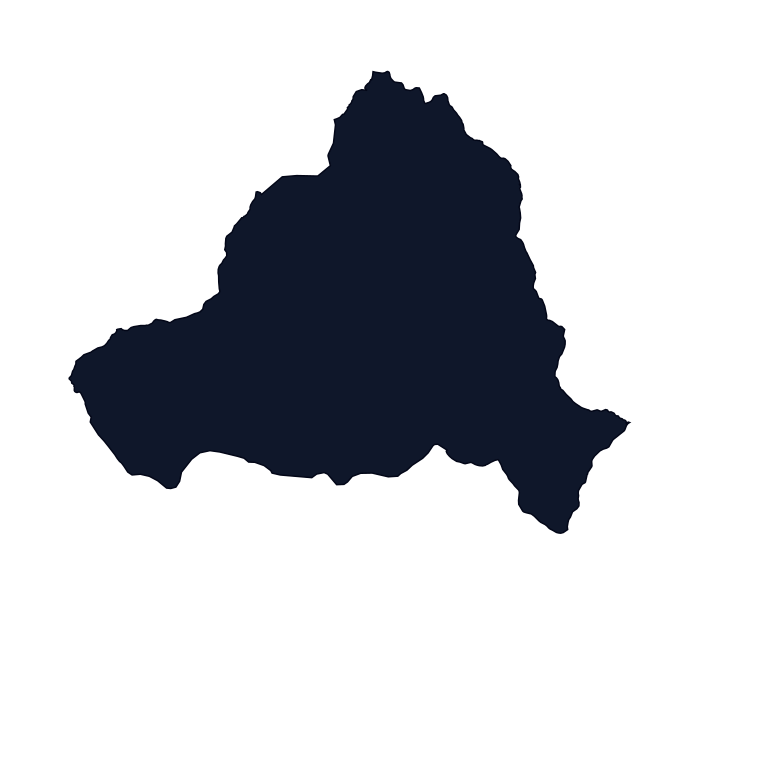 outline of Botiza, Maramures, Romania, rotated 316°
{"feature_id": "2599482B81010810269587", "entity_name": "Botiza", "entity_type": "district", "adm_level": 2, "iso_a3": "ROU", "parent_name": "Romania", "parent_adm1": "Maramures", "projection": "orthographic", "projection_center": [24.135, 47.644], "detail": "fine", "context": "isolated", "style": "filled", "palette": "ink", "viewbox_px": 768, "rotation_deg": 316, "n_neighbors": 0, "source": "geoboundaries", "source_scale": "gbopen_adm2", "svg_char_len": 6171}
<svg xmlns="http://www.w3.org/2000/svg" viewBox="0 0 768 768"><g transform="rotate(316 384 384)"><path d="M533.9,582.3L533.2,581.0L530.9,580.6L532.1,579.2L532.3,578.2L532.2,577.7L531.9,576.9L531.2,576.3L531.2,574.6L529.9,572.2L529.9,571.6L530.3,569.9L530.0,569.3L529.0,568.3L528.7,566.9L529.2,565.0L528.6,563.2L527.9,561.6L526.7,561.3L526.6,561.0L526.6,560.5L526.2,558.9L526.6,558.4L526.5,557.6L525.6,556.3L521.6,554.8L520.6,553.6L519.9,551.7L519.3,550.6L514.5,548.0L513.6,546.9L513.2,544.9L512.3,543.5L510.2,539.4L509.5,537.5L508.1,530.9L507.7,527.7L508.1,524.9L507.8,518.2L508.2,512.7L507.6,510.6L508.3,509.1L508.5,507.4L510.7,504.3L511.7,502.3L512.0,501.5L512.3,499.4L512.1,497.8L512.3,497.1L515.5,494.1L516.5,493.5L520.0,492.3L522.9,490.3L525.3,488.3L529.3,486.2L532.8,485.9L539.5,482.9L541.9,481.2L544.3,478.8L545.2,476.8L545.7,474.9L546.7,473.7L551.8,470.3L551.8,466.3L551.2,465.3L550.0,464.4L549.5,463.4L548.5,456.1L547.4,453.4L546.2,452.0L546.0,450.9L546.2,449.9L548.1,448.2L549.1,446.9L553.7,439.6L556.2,433.5L556.3,432.3L554.9,429.8L557.8,423.2L557.9,421.0L557.7,419.3L558.4,418.2L559.6,417.0L561.9,415.3L566.2,413.3L568.5,410.1L570.5,409.1L572.4,404.2L573.7,402.5L575.5,395.9L578.0,388.6L578.1,387.5L579.8,383.4L581.4,380.4L582.1,378.4L582.6,375.1L581.5,372.5L581.2,370.8L581.3,369.2L582.6,368.3L588.6,366.7L593.4,362.3L597.6,359.5L600.9,355.5L603.7,351.4L603.9,350.7L609.7,347.4L611.9,346.9L613.1,345.2L614.0,344.5L615.1,342.9L617.2,337.9L617.6,337.5L618.9,337.2L620.6,335.2L619.9,334.8L620.1,334.4L621.1,334.1L621.8,333.2L623.2,329.7L624.7,328.5L625.8,326.3L625.7,321.7L625.4,320.9L624.9,317.9L625.8,315.8L626.9,315.1L627.9,310.0L627.6,306.1L626.9,304.7L625.2,303.2L624.8,301.9L624.7,300.1L624.9,297.0L624.4,290.4L624.0,288.4L621.5,281.2L621.5,280.3L622.9,278.5L623.0,278.0L622.1,276.3L621.8,275.2L620.9,274.3L620.2,273.2L618.6,271.8L618.0,270.5L618.0,268.7L617.2,266.7L616.5,261.7L617.9,256.7L619.1,255.5L620.6,253.3L621.4,252.0L621.7,250.2L622.9,248.3L623.6,244.7L623.8,241.9L624.3,239.6L624.5,235.0L625.3,232.2L625.1,230.7L624.8,230.3L624.9,228.5L626.7,224.7L628.7,222.2L629.3,220.4L629.5,219.3L628.9,217.0L628.4,216.5L625.5,215.7L620.9,212.2L618.7,212.1L616.1,213.1L614.3,213.3L612.2,212.8L609.9,211.6L609.4,211.6L608.4,210.6L608.4,210.3L609.5,207.5L610.8,206.0L611.8,204.4L613.4,200.5L615.0,195.6L612.9,193.2L611.2,192.5L609.8,192.5L607.4,191.5L606.6,190.9L604.0,187.3L603.8,186.6L603.9,185.4L605.5,182.0L605.7,179.6L601.3,174.1L601.1,172.3L601.2,169.0L602.2,166.7L603.0,165.7L604.2,163.4L603.8,161.8L602.9,161.2L600.7,160.7L598.6,159.2L594.5,153.9L593.1,151.7L589.9,154.4L586.4,156.5L585.9,155.9L582.9,157.0L580.7,156.7L577.7,156.9L576.3,157.5L575.7,158.1L575.7,160.5L575.4,160.6L572.4,156.8L567.2,154.4L561.5,155.9L559.5,157.7L557.6,158.0L556.7,158.7L554.4,159.3L553.0,159.0L552.1,159.7L549.6,159.8L549.2,160.6L548.5,161.0L542.7,162.1L541.4,161.3L537.5,161.6L534.4,160.5L531.9,159.3L529.1,163.9L514.9,175.7L503.5,180.1L502.2,181.0L497.1,189.7L480.8,188.4L465.9,173.4L454.7,164.3L427.5,162.6L427.9,160.5L426.6,157.8L425.4,157.1L421.6,160.1L419.8,161.1L416.2,161.5L412.6,162.6L410.6,163.7L409.1,165.3L405.3,166.1L404.1,166.8L400.9,166.7L399.8,166.2L398.0,166.4L397.2,165.6L389.1,166.5L386.2,166.4L385.1,167.1L380.2,169.2L373.6,168.5L371.4,169.4L367.4,172.9L365.8,174.7L362.7,176.8L362.2,180.0L359.9,182.6L356.8,183.2L354.7,183.3L351.0,184.6L349.1,184.5L347.2,184.9L344.4,186.4L341.8,188.9L340.3,191.2L336.1,195.7L331.6,201.2L330.5,203.1L329.6,203.7L327.4,204.0L322.4,202.8L318.9,202.7L313.4,201.0L309.7,201.6L305.6,204.3L301.7,204.3L299.2,203.3L296.6,201.8L288.2,198.8L278.2,192.5L273.3,191.5L272.0,190.5L271.5,188.8L270.3,186.7L267.9,183.0L266.2,181.1L265.1,179.3L264.1,178.9L261.9,178.8L259.8,179.3L255.1,177.9L254.0,176.7L252.7,176.0L249.8,173.1L243.9,169.0L241.3,167.7L236.7,167.4L234.5,165.2L233.5,163.2L233.4,161.6L230.5,159.6L229.5,159.2L228.9,160.0L226.9,160.8L224.9,160.8L222.7,159.8L219.6,160.6L218.3,161.5L216.3,161.4L212.8,162.2L209.6,162.3L207.0,161.5L203.2,159.3L197.3,157.8L195.4,157.6L188.4,154.5L184.8,154.5L178.2,153.7L176.1,155.7L174.2,156.4L170.9,158.1L168.9,158.5L165.0,160.8L161.8,161.0L161.1,161.6L161.2,164.5L160.8,165.4L160.0,166.4L160.4,168.8L160.3,169.7L159.4,170.2L159.4,170.7L159.0,171.3L156.8,173.4L156.4,174.4L156.5,175.5L157.0,176.5L157.5,177.0L158.9,177.7L159.6,178.6L159.6,180.1L159.1,181.7L156.8,188.9L156.1,190.0L155.2,190.8L151.0,199.5L150.4,204.4L146.3,207.3L143.3,222.2L143.1,230.2L142.5,236.8L141.3,247.8L140.4,252.2L140.0,256.0L140.3,258.1L140.2,259.6L139.8,262.6L138.5,269.3L139.6,274.4L146.1,279.7L151.1,287.4L154.0,296.3L155.3,307.8L158.0,311.0L162.7,313.6L169.4,312.0L177.1,306.7L193.4,304.5L203.8,305.6L212.5,311.0L218.7,318.9L228.4,334.2L231.8,340.2L232.4,346.1L236.7,350.6L241.1,359.4L242.4,367.6L241.6,370.3L246.2,377.4L267.0,401.2L273.0,402.0L279.4,406.1L280.9,409.7L280.0,423.5L285.5,428.4L289.7,429.1L297.0,428.4L305.2,432.0L313.6,439.8L322.6,453.7L329.9,459.9L333.8,460.0L340.6,461.9L347.9,462.0L360.2,464.3L367.9,464.2L376.3,462.4L378.4,462.6L380.9,464.7L383.5,475.6L382.1,475.6L381.5,476.8L381.1,478.2L380.9,481.5L381.2,485.0L382.5,490.1L384.5,493.0L386.3,496.7L387.0,497.7L391.9,500.6L392.6,501.7L393.6,505.0L394.6,507.0L395.8,508.9L398.0,511.4L400.4,512.9L401.5,513.0L402.8,513.6L406.5,514.5L410.8,516.0L413.5,517.6L413.5,518.6L412.2,523.4L410.1,528.0L409.5,533.9L409.0,536.1L408.0,538.3L407.7,539.7L407.6,545.2L407.2,548.0L407.2,554.0L406.7,555.1L405.8,556.3L399.9,561.2L397.3,564.2L395.5,571.8L395.7,573.2L396.9,575.4L399.7,579.8L400.3,583.5L400.4,590.2L400.7,592.4L402.3,597.1L402.6,599.6L402.5,601.9L402.7,603.5L403.7,606.3L404.9,610.5L406.0,612.3L407.5,614.1L409.8,615.4L415.0,616.3L416.8,613.9L420.2,611.4L422.6,609.9L425.7,609.2L430.8,606.9L436.1,607.7L439.5,607.1L442.0,604.7L442.8,603.0L443.9,601.4L446.4,599.5L447.9,597.4L449.8,595.8L456.2,593.9L457.1,593.8L460.0,594.6L460.9,594.4L466.9,590.4L468.1,590.1L468.9,589.3L475.9,587.8L476.8,587.3L479.3,584.3L480.2,583.5L481.6,582.9L485.5,582.1L492.8,582.1L496.4,583.1L499.7,584.8L502.1,585.4L509.2,583.3L510.6,583.2L524.4,584.5L525.5,584.2L529.5,582.3L532.0,581.9L533.9,582.3Z" fill="#0f172a" stroke="#020617" stroke-width="1.5"/></g></svg>